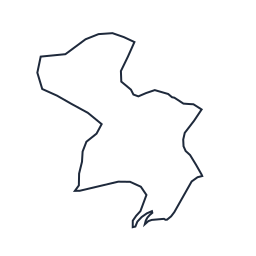 Neftçala, Albers equal-area conic projection, rotated 77°
{"feature_id": "AZE-1710", "entity_name": "Neftçala", "entity_type": "District", "adm_level": 1, "iso_a3": "AZE", "parent_name": "Azerbaijan", "parent_adm1": "", "projection": "albers", "projection_center": [49.135, 39.338], "detail": "fine", "context": "isolated", "style": "outline", "palette": "slate", "viewbox_px": 256, "rotation_deg": 77, "n_neighbors": 0, "source": "natural_earth", "source_scale": "10m", "svg_char_len": 1013}
<svg xmlns="http://www.w3.org/2000/svg" viewBox="0 0 256 256"><g transform="rotate(77 128 128)"><path d="M191.5,66.5L191.6,71.3L194.4,78.0L220.4,101.8L223.8,105.9L226.1,110.6L225.8,112.2L224.6,113.4L222.9,125.5L223.3,129.1L225.6,133.3L222.2,131.5L219.6,129.2L217.7,126.5L216.1,123.4L214.4,123.4L215.4,128.8L217.8,134.7L221.3,139.9L225.7,143.0L225.7,145.7L219.4,144.2L215.4,139.8L211.8,134.6L197.4,125.1L188.1,128.7L180.9,138.1L178.1,149.6L178.3,189.2L177.3,193.9L172.9,188.8L161.4,185.9L150.5,180.4L140.7,177.5L132.0,171.6L126.4,159.9L118.3,152.8L104.2,163.7L91.5,178.0L80.5,189.9L70.7,202.8L53.7,203.9L38.8,197.0L42.0,172.4L32.0,149.4L29.9,135.6L32.1,121.8L38.5,111.6L45.7,102.4L58.4,112.0L70.9,122.1L81.3,124.1L91.3,116.5L96.6,115.2L99.5,110.8L98.0,102.4L97.1,93.4L103.9,81.2L105.1,80.3L107.9,78.2L108.9,76.0L116.7,68.5L118.5,62.7L119.6,58.9L126.5,52.1L135.8,62.0L145.5,73.8L151.7,76.8L158.3,78.0L163.4,77.0L168.3,73.6L179.1,70.0L189.8,66.8L191.5,66.5Z" fill="none" stroke="#1e293b" stroke-width="2"/></g></svg>